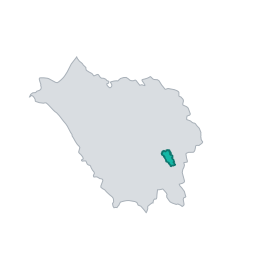 Shklow, Mogilev, Belarus (highlighted), rotated 50°
{"feature_id": "67162791B50878075194487", "entity_name": "Shklow", "entity_type": "district", "adm_level": 2, "iso_a3": "BLR", "parent_name": "Belarus", "parent_adm1": "Mogilev", "projection": "natural_earth1", "projection_center": [30.382, 54.184], "detail": "fine", "context": "in_parent", "style": "filled", "palette": "teal", "viewbox_px": 256, "rotation_deg": 50, "n_neighbors": 0, "source": "geoboundaries", "source_scale": "gbopen_adm2", "svg_char_len": 6696}
<svg xmlns="http://www.w3.org/2000/svg" viewBox="0 0 256 256"><g transform="rotate(50 128 128)"><path d="M204.5,168.5L200.7,168.3L196.2,168.4L193.6,169.8L190.8,169.1L188.9,169.9L184.3,173.8L182.6,175.9L180.9,179.1L179.9,181.4L180.5,183.1L181.3,184.7L181.5,186.3L181.9,187.6L180.8,188.6L180.1,190.0L178.2,189.7L175.9,188.4L175.4,186.5L173.6,185.2L172.4,184.5L170.5,184.4L167.4,185.0L163.3,185.5L160.2,185.6L158.6,186.3L156.1,186.9L155.1,186.2L153.8,184.0L152.6,181.8L151.9,180.9L151.2,180.6L150.4,180.7L149.4,181.4L148.7,182.1L146.1,182.9L145.0,183.7L143.7,185.6L142.9,185.5L142.1,185.0L141.1,182.8L139.8,182.3L137.6,182.3L134.9,181.8L132.8,181.1L132.0,181.3L130.7,182.2L129.3,182.4L126.3,181.5L125.7,181.9L123.9,184.4L123.0,184.5L122.6,184.2L122.9,182.1L121.1,181.3L118.1,181.2L116.0,181.5L115.0,181.4L114.5,181.0L112.0,177.4L110.6,177.2L108.2,177.4L104.6,177.0L100.5,176.2L98.2,175.9L97.0,175.1L94.5,174.8L87.7,173.3L84.9,173.0L80.8,173.0L74.5,172.7L70.5,172.9L68.6,173.4L66.5,173.7L59.0,174.1L56.3,174.5L55.5,175.2L54.6,176.9L51.5,179.7L48.4,181.6L47.9,181.7L46.2,180.7L44.7,180.4L43.0,180.3L41.8,180.6L41.0,181.1L41.1,183.3L40.9,183.5L39.7,180.9L39.8,178.5L40.6,177.2L41.5,176.0L41.2,174.2L42.2,171.8L42.3,170.1L41.9,169.3L41.2,168.4L39.3,167.5L38.5,166.7L35.9,165.7L33.4,164.5L32.9,163.7L33.1,163.2L33.6,162.4L35.6,160.1L37.9,157.9L39.3,157.0L46.6,154.1L47.8,153.1L48.1,151.4L48.1,147.9L47.8,144.8L47.3,142.7L46.0,138.6L42.5,130.3L40.6,121.6L42.0,122.1L45.5,122.3L48.3,121.7L49.7,121.6L50.9,121.8L54.6,121.4L55.4,122.1L57.0,122.8L60.2,121.8L63.1,120.6L66.0,120.7L66.4,120.1L67.2,117.1L68.1,116.4L71.6,116.7L72.9,116.2L74.3,114.7L76.3,113.7L78.1,113.7L79.9,112.7L80.7,113.4L81.1,114.6L80.5,115.7L80.8,116.1L82.0,116.6L84.1,116.5L85.5,116.1L85.8,115.5L85.8,114.5L85.5,113.5L84.6,112.7L83.0,112.2L81.8,112.2L81.6,111.7L82.0,110.6L83.1,108.4L84.4,106.5L85.2,105.8L85.4,105.2L85.3,104.0L85.3,101.9L86.5,99.0L88.1,96.9L90.2,96.2L92.7,95.8L94.3,94.7L95.2,93.6L95.9,91.7L96.7,91.3L102.8,91.5L103.7,89.7L104.3,89.2L105.4,88.6L106.3,87.9L106.0,87.4L104.4,87.1L100.8,86.8L100.1,86.2L100.3,85.5L101.3,83.5L102.3,81.1L102.8,79.2L102.9,78.0L103.4,77.7L106.4,77.4L107.4,77.0L110.0,74.4L111.9,73.9L116.9,74.6L119.2,74.6L122.1,74.7L122.4,74.5L123.5,71.9L128.5,67.8L131.1,66.4L132.8,66.0L133.4,66.1L136.0,68.3L136.6,68.4L138.4,67.5L141.5,67.4L142.9,68.1L144.9,70.8L145.9,71.1L148.9,69.6L150.6,69.1L151.7,69.2L157.2,71.2L157.7,71.9L157.7,72.7L156.8,75.1L158.0,76.6L159.3,77.6L162.2,75.9L163.3,75.5L164.4,75.4L166.0,74.8L167.1,73.9L168.2,73.6L170.3,73.8L174.0,73.6L178.3,75.0L178.7,75.5L180.9,77.2L181.6,78.1L182.4,78.3L183.5,79.2L185.1,79.7L186.1,79.5L186.7,79.8L187.1,80.5L187.2,81.6L187.0,84.8L185.5,86.5L185.3,87.1L185.3,87.8L186.6,89.2L188.2,91.4L188.6,92.6L188.6,93.5L186.4,96.3L185.7,97.0L185.2,98.3L184.9,99.7L185.1,100.3L188.7,102.5L191.4,103.7L192.0,104.3L192.1,104.6L190.7,107.0L190.5,107.6L192.7,108.6L193.9,110.2L195.0,112.7L197.0,115.1L204.7,118.7L205.4,119.3L205.6,120.1L205.4,121.7L204.0,124.9L205.3,125.4L208.7,125.3L212.8,125.6L217.8,127.9L217.8,128.9L217.3,129.8L217.7,130.8L218.2,131.6L222.5,134.1L223.0,134.8L223.1,136.1L222.9,137.0L221.8,137.1L220.4,137.6L218.3,138.6L217.5,140.2L214.0,142.3L211.8,143.2L210.1,143.2L206.0,142.8L204.6,141.8L204.0,140.8L202.4,140.4L200.3,140.4L197.4,140.5L196.9,140.8L196.4,142.0L195.2,144.0L194.3,145.1L198.0,149.0L199.8,150.7L200.4,151.7L200.4,152.4L199.5,153.2L199.7,154.9L201.5,157.1L200.9,157.5L200.7,160.2L200.7,163.1L201.2,163.8L202.2,164.4L203.0,165.4L204.4,167.9L204.5,168.5Z" fill="#d9dde1" stroke="#a8b0b8" stroke-width="1"/><path d="M179.6,113.3L179.5,113.2L179.4,113.0L179.2,113.0L178.9,113.1L178.9,112.9L179.0,112.7L178.9,112.4L178.5,112.4L178.4,112.2L178.2,112.0L178.0,111.8L177.8,111.6L177.6,111.6L177.4,111.9L177.3,112.0L177.0,112.0L176.8,112.0L176.5,112.0L176.4,112.2L176.3,112.4L176.2,112.6L175.9,112.8L175.7,112.8L175.4,112.7L175.2,112.7L174.7,112.6L174.6,112.4L174.7,112.2L174.8,112.0L174.9,111.9L175.0,111.7L175.1,111.3L174.8,111.1L174.7,111.1L174.4,111.1L174.2,111.1L173.9,110.9L173.7,110.9L173.6,111.0L173.5,111.3L173.5,111.5L173.3,111.6L173.2,111.7L172.9,111.6L173.0,111.4L173.0,111.2L172.9,110.9L172.6,110.9L172.4,110.9L172.2,110.8L172.1,110.6L171.8,110.5L171.6,110.5L171.5,110.8L171.5,111.1L171.5,111.3L171.3,111.5L171.1,111.5L170.9,111.4L170.6,111.3L170.4,111.5L170.6,111.9L170.6,112.2L170.4,112.3L170.1,112.2L169.9,112.3L169.8,112.5L169.9,113.0L169.7,113.1L169.8,113.3L170.0,113.4L170.1,113.6L170.2,113.8L170.2,114.0L170.3,114.1L170.3,114.3L170.2,114.4L170.1,114.5L169.9,114.6L169.7,114.7L169.6,114.8L169.2,114.8L168.9,114.9L168.6,114.9L168.5,115.0L168.7,115.4L168.7,115.5L168.7,115.8L168.8,115.9L168.8,116.0L168.6,116.1L168.4,116.1L168.2,116.0L168.1,116.3L168.0,116.6L168.0,116.8L168.1,117.0L168.4,117.1L168.5,117.1L168.7,117.3L168.9,117.4L169.0,117.5L169.2,117.8L168.9,117.8L168.8,118.0L169.0,118.2L168.9,118.3L168.9,118.5L169.1,118.5L169.4,118.6L169.5,118.6L169.7,118.8L169.7,119.0L169.8,119.1L170.0,119.2L170.4,119.2L170.7,119.2L170.9,119.1L171.0,119.0L171.1,118.9L171.3,118.7L171.5,118.7L171.6,118.8L171.8,118.8L171.9,118.7L172.0,118.5L172.1,118.4L172.4,118.5L172.5,118.6L172.9,118.6L173.0,118.6L173.0,118.9L172.9,118.9L172.9,119.0L173.0,119.1L173.3,118.9L173.3,118.7L173.4,118.4L173.6,118.4L173.8,118.5L173.8,118.8L174.0,119.0L174.4,119.1L174.6,119.1L174.9,119.2L175.4,119.2L175.8,119.3L176.1,119.4L176.3,119.4L176.6,119.4L176.8,119.4L177.0,119.4L177.3,119.5L177.2,119.8L177.5,119.9L177.8,119.9L178.0,119.9L178.3,120.0L178.3,120.3L178.5,120.3L178.6,120.2L178.8,120.0L179.0,119.9L179.2,119.7L179.5,119.6L179.8,119.5L180.0,119.4L180.3,119.3L180.5,119.2L180.8,119.2L181.0,119.3L181.1,119.6L181.3,119.7L181.4,119.4L181.5,119.2L181.6,119.3L181.8,119.4L182.0,119.4L182.3,119.3L182.5,119.3L182.8,119.5L183.0,119.6L183.3,119.5L183.4,119.4L183.6,119.3L183.9,119.5L184.0,119.7L184.2,119.8L184.4,119.9L184.6,119.9L184.9,119.8L185.0,119.7L184.9,119.6L184.9,119.3L184.9,119.2L185.0,119.1L185.2,118.9L185.1,118.7L185.0,118.3L185.2,118.2L185.4,117.9L185.7,117.7L185.9,117.6L186.0,117.5L186.1,117.4L186.1,117.2L186.0,116.9L186.0,116.6L186.2,116.4L186.3,116.4L186.5,116.3L186.5,116.2L186.6,115.8L186.6,115.7L186.5,115.4L186.4,115.3L186.2,115.4L186.1,115.5L185.9,115.5L185.7,115.5L185.3,115.5L185.2,115.4L185.0,115.2L184.9,115.0L184.7,114.9L184.6,115.0L184.4,115.1L184.2,115.2L184.1,115.3L183.9,115.3L183.5,115.2L183.4,115.2L183.4,114.8L183.4,114.7L183.4,114.4L183.3,114.1L183.2,114.1L182.9,114.2L182.6,114.2L182.4,114.0L182.3,113.8L182.2,113.8L182.0,113.7L181.9,113.6L181.6,113.5L181.3,113.4L181.1,113.5L180.9,113.8L180.5,113.9L180.2,113.9L179.7,113.8L179.5,113.7L179.6,113.3Z" fill="#14b8a6" stroke="#0f766e" stroke-width="1.5"/></g></svg>